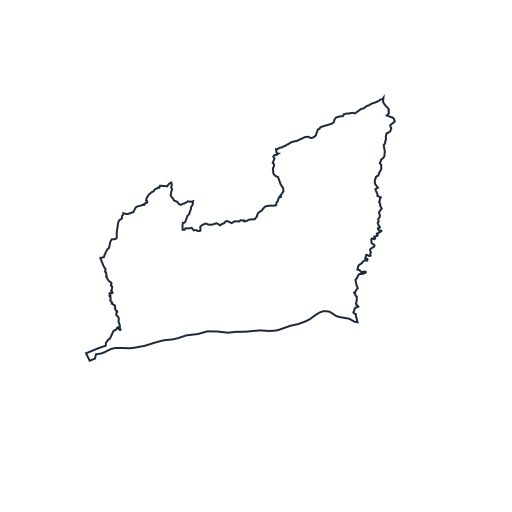 Dubova, Mehedinti, Romania (orthographic projection), rotated 54°
{"feature_id": "2599482B77671592259888", "entity_name": "Dubova", "entity_type": "district", "adm_level": 2, "iso_a3": "ROU", "parent_name": "Romania", "parent_adm1": "Mehedinti", "projection": "orthographic", "projection_center": [22.168, 44.612], "detail": "fine", "context": "isolated", "style": "outline", "palette": "slate", "viewbox_px": 512, "rotation_deg": 54, "n_neighbors": 0, "source": "geoboundaries", "source_scale": "gbopen_adm2", "svg_char_len": 6108}
<svg xmlns="http://www.w3.org/2000/svg" viewBox="0 0 512 512"><g transform="rotate(54 256 256)"><path d="M193.9,103.5L192.4,106.1L191.0,109.8L191.8,112.4L193.1,113.9L193.5,114.7L193.6,115.4L193.4,117.0L192.8,119.1L190.5,125.4L189.7,128.3L190.5,130.0L190.0,131.4L192.0,134.6L193.6,136.7L193.8,138.2L193.7,139.9L193.5,141.0L192.7,142.4L190.5,143.4L188.7,146.1L186.8,155.7L186.0,157.1L184.7,160.5L184.5,164.0L184.0,166.0L184.2,167.0L183.4,170.0L183.4,171.1L182.3,173.3L182.1,176.4L181.4,177.0L184.4,178.6L185.5,178.5L186.3,177.7L186.2,180.2L185.2,181.5L185.6,183.5L186.3,183.7L187.9,183.6L190.5,187.8L192.0,187.4L192.8,187.8L193.8,188.6L195.3,191.1L197.0,191.9L198.7,193.1L200.0,193.5L202.1,193.4L205.2,191.8L212.7,194.0L216.8,194.1L219.7,195.7L221.6,200.6L222.4,200.7L222.9,201.2L222.7,201.8L221.8,201.8L222.5,203.7L224.4,206.1L224.7,207.7L225.1,208.3L226.8,210.0L225.5,212.4L223.3,215.3L221.7,218.5L221.4,219.9L222.2,223.8L222.6,224.7L222.4,227.0L222.5,229.2L223.8,231.3L224.6,231.8L224.9,233.5L225.5,235.3L222.5,240.2L222.1,243.2L221.3,245.0L220.2,244.8L220.2,245.5L218.4,246.8L218.0,247.8L218.2,249.4L216.8,250.8L216.3,251.9L215.3,252.9L215.1,256.3L210.9,258.7L210.2,260.1L210.7,262.7L210.0,265.4L210.2,267.0L207.6,267.9L206.2,268.9L205.0,272.7L204.1,274.3L202.9,275.8L200.1,277.7L199.3,281.3L199.5,283.6L199.8,284.1L201.6,285.1L202.8,286.2L202.7,286.7L201.8,288.3L200.1,289.0L198.6,291.3L195.4,291.5L194.5,293.6L192.1,296.8L192.8,298.2L191.7,299.9L188.0,297.5L186.2,295.7L186.9,294.6L186.8,293.4L186.2,292.0L185.3,291.1L184.4,289.4L183.4,288.2L182.7,285.1L181.2,283.4L180.7,282.4L179.7,281.0L178.3,279.9L177.8,278.3L176.6,276.3L175.4,275.6L174.7,274.7L174.0,276.6L171.8,278.9L171.4,283.0L170.7,284.8L170.6,286.2L170.3,286.9L168.7,287.8L165.9,287.9L162.8,289.7L161.2,289.3L158.9,289.6L156.8,289.4L154.3,286.9L152.7,284.6L150.6,284.3L149.0,282.3L146.8,281.4L146.5,283.2L146.6,284.6L147.4,286.9L142.7,292.3L143.9,294.1L143.1,294.7L143.3,295.7L142.7,298.1L142.9,299.5L143.5,300.8L143.1,302.5L143.3,306.5L144.2,308.9L145.5,311.3L146.6,312.4L147.7,311.9L148.5,312.4L148.8,312.9L148.4,314.5L148.2,314.8L148.4,315.0L148.3,315.5L149.0,316.4L148.9,316.7L148.6,317.0L148.1,316.9L147.6,319.4L146.1,323.1L146.0,324.4L146.5,325.9L148.5,329.5L147.9,330.6L147.7,332.0L147.0,333.6L147.1,334.3L146.1,335.9L143.6,338.1L143.9,338.2L144.5,339.5L144.9,341.0L146.7,342.3L146.9,343.9L146.6,345.3L147.9,347.8L154.6,354.4L159.6,358.2L159.6,360.0L157.7,362.9L159.1,365.9L162.2,369.1L163.2,370.7L163.2,372.1L163.8,373.6L166.0,377.7L167.5,379.7L166.1,383.1L174.7,385.3L178.2,385.4L179.9,387.3L180.2,387.0L181.8,387.2L182.6,388.0L184.3,388.4L184.6,389.3L185.0,389.5L185.8,389.2L187.5,389.7L189.4,389.7L191.0,389.4L192.2,388.9L193.3,389.0L194.2,390.5L194.8,390.8L196.2,390.3L197.6,391.5L199.0,393.5L199.2,393.2L199.8,393.7L200.9,393.4L201.4,393.5L201.5,394.4L200.8,395.1L200.2,396.6L202.3,397.0L202.0,397.4L202.1,398.0L204.1,398.2L205.0,398.6L205.7,399.1L206.1,400.0L208.3,400.1L208.9,399.7L209.7,400.6L210.0,400.2L211.4,400.1L212.5,399.4L213.2,399.4L215.0,400.2L215.3,400.9L218.3,401.4L219.0,400.8L219.6,401.1L220.0,402.3L220.7,403.1L221.5,403.7L224.9,403.3L226.5,404.2L228.1,405.7L232.6,407.2L233.4,408.1L236.1,409.0L236.0,409.5L234.4,409.9L232.5,409.6L232.6,411.0L233.4,412.3L233.0,413.6L233.0,415.6L237.0,422.8L236.8,424.7L238.0,428.4L240.2,430.3L238.1,437.3L234.8,450.7L243.0,452.1L244.3,446.6L241.5,443.3L243.8,438.7L244.7,435.7L245.9,428.3L247.6,424.1L252.0,418.0L256.2,412.7L258.3,409.1L262.0,401.5L263.3,398.7L267.1,387.4L269.9,380.3L274.6,372.2L276.5,367.7L279.3,359.0L285.1,348.6L287.8,341.1L288.7,339.2L294.1,332.0L301.6,323.7L305.4,317.1L311.0,309.1L318.6,296.4L324.0,289.9L327.2,285.2L328.9,281.8L332.3,270.5L333.2,267.9L335.9,261.8L338.0,254.3L338.8,249.5L338.7,243.0L339.0,238.6L339.5,236.1L340.4,233.7L342.6,230.9L344.6,229.1L351.9,226.3L354.8,224.0L361.5,217.5L367.0,215.0L369.3,212.8L363.2,210.4L361.8,209.4L360.6,210.2L358.8,210.4L357.7,208.3L356.4,207.0L356.4,205.1L357.0,204.3L357.1,203.0L355.2,203.2L354.5,203.6L353.7,203.0L353.1,203.0L351.4,200.8L348.0,198.3L346.7,198.8L346.2,198.7L344.1,197.6L343.6,198.3L343.2,198.1L343.4,197.0L342.3,194.6L341.9,192.6L338.4,191.7L333.7,189.5L333.2,187.6L333.2,187.0L332.1,185.6L331.3,183.1L332.7,181.0L333.4,179.3L333.8,177.4L333.6,176.6L332.9,176.7L332.5,177.1L330.8,180.4L328.3,180.5L326.8,181.8L326.5,181.9L326.1,181.5L325.7,180.8L324.2,179.2L323.9,178.0L324.0,174.4L323.4,173.2L323.5,170.8L323.8,170.1L325.1,168.8L324.6,168.0L323.8,167.6L323.3,168.0L322.8,169.3L322.3,169.2L320.0,166.3L320.2,165.6L322.4,164.5L322.9,163.9L323.1,163.1L321.5,162.4L320.5,160.8L318.8,160.6L318.1,160.2L317.7,159.4L317.6,158.2L317.8,154.8L317.3,154.1L316.6,153.8L315.8,154.0L314.8,154.6L313.5,154.9L310.9,153.4L309.9,152.2L311.9,150.3L312.0,149.8L311.8,149.3L311.3,149.2L309.9,149.2L309.8,148.9L310.4,148.1L310.4,147.6L311.0,146.3L310.8,145.5L310.3,145.1L309.5,145.5L309.1,145.4L308.9,145.1L309.5,142.2L309.6,140.0L309.4,139.8L309.0,139.8L307.9,141.3L306.0,141.5L305.3,141.1L305.2,140.5L305.8,139.4L305.6,138.9L305.1,138.7L302.5,138.7L300.6,138.0L300.2,136.5L298.5,135.8L297.8,135.2L297.5,133.7L296.5,132.2L292.9,130.8L292.6,130.1L292.6,129.3L291.9,128.3L291.6,126.5L288.1,125.9L287.2,125.1L286.1,124.7L284.8,124.8L283.8,123.0L282.8,122.5L282.0,120.6L280.2,121.5L279.0,122.5L278.3,122.2L277.7,121.5L272.4,120.3L272.0,119.8L272.4,117.2L268.3,117.3L267.1,117.1L265.0,115.7L263.4,113.8L263.2,113.0L262.5,112.4L262.5,111.0L262.8,110.5L262.7,109.7L261.7,108.5L261.7,107.9L261.2,107.6L259.4,103.7L255.8,101.1L253.7,101.3L252.5,99.1L251.9,98.7L251.6,98.0L251.5,95.7L250.9,93.7L247.2,90.4L241.3,87.5L240.7,85.2L239.2,84.2L238.2,82.3L235.9,81.0L233.5,78.3L234.0,77.0L233.9,76.3L234.1,74.8L233.9,73.9L232.1,71.4L231.2,71.4L229.1,70.6L228.8,64.7L226.2,63.8L224.5,64.0L219.2,67.6L218.5,64.4L216.3,63.4L215.8,62.4L214.4,62.3L210.1,62.9L206.1,62.7L202.9,59.9L203.4,61.3L203.4,61.9L202.6,63.2L202.7,64.6L202.2,68.0L200.6,73.5L200.5,76.4L200.1,76.9L199.7,79.1L199.9,81.7L198.8,85.0L198.8,92.1L196.8,93.9L194.9,97.9L193.8,99.2L193.0,101.7L193.9,103.5Z" fill="none" stroke="#1e293b" stroke-width="2"/></g></svg>